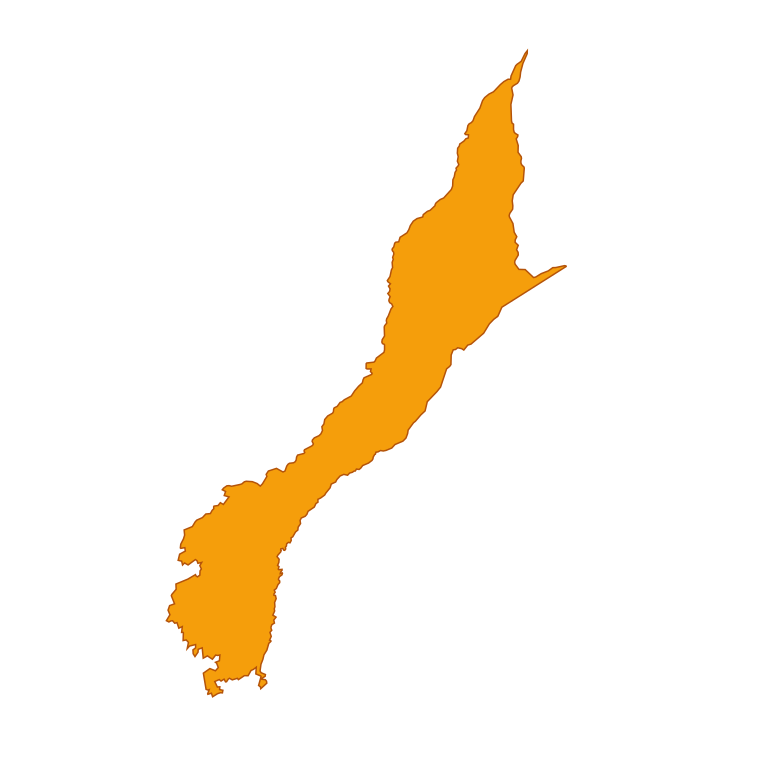 the district of Nole Duima, Ngöbe Buglé, Panama, rotated 35°
{"feature_id": "35544464B88224664972653", "entity_name": "Nole Duima", "entity_type": "district", "adm_level": 2, "iso_a3": "PAN", "parent_name": "Panama", "parent_adm1": "Ngöbe Buglé", "projection": "equal_earth", "projection_center": [-81.797, 8.42], "detail": "fine", "context": "isolated", "style": "filled", "palette": "amber", "viewbox_px": 768, "rotation_deg": 35, "n_neighbors": 0, "source": "geoboundaries", "source_scale": "gbopen_adm2", "svg_char_len": 6142}
<svg xmlns="http://www.w3.org/2000/svg" viewBox="0 0 768 768"><g transform="rotate(35 384 384)"><path d="M304.0,618.2L307.4,622.2L308.6,626.0L309.4,631.8L311.2,635.1L311.8,635.2L314.7,632.3L317.1,634.8L314.2,640.6L316.5,646.5L319.9,645.2L322.8,647.8L323.3,645.0L327.3,644.6L330.2,636.0L332.2,636.0L334.4,637.6L337.0,634.7L337.3,638.4L340.5,640.3L340.5,642.6L342.8,646.2L341.8,649.0L339.9,649.0L338.9,648.3L335.2,656.4L328.3,667.2L331.5,671.4L330.9,678.0L331.2,679.4L338.5,684.2L335.5,688.5L336.8,693.1L341.0,695.8L341.5,702.7L344.3,702.3L345.4,700.2L346.6,699.2L349.8,700.0L351.3,698.2L356.0,701.7L357.9,698.4L360.7,703.6L361.8,702.7L362.3,702.8L366.6,709.4L368.8,707.1L372.0,707.8L374.6,713.7L375.0,710.2L379.1,705.5L381.0,708.2L380.0,711.4L382.4,714.4L385.5,715.7L385.5,710.4L384.0,707.9L386.4,704.4L393.2,712.3L395.3,708.0L401.3,707.9L401.6,702.6L403.6,701.7L405.0,700.1L407.9,705.1L405.6,708.6L407.0,708.7L410.9,711.3L410.4,715.6L404.6,717.0L401.9,724.5L413.4,736.2L415.2,735.7L416.1,734.6L417.2,738.8L417.7,739.2L420.0,736.3L423.0,738.5L425.3,733.1L427.1,730.7L428.8,729.7L427.7,727.3L424.6,728.6L423.2,726.2L421.3,727.8L416.0,724.8L418.6,720.6L420.9,720.8L422.3,717.5L425.0,718.9L425.8,718.2L425.7,715.0L426.2,713.7L429.4,713.4L432.7,709.2L434.3,709.7L436.9,703.0L440.0,700.9L439.4,695.0L440.8,692.5L441.8,689.2L445.3,695.0L450.5,693.9L451.1,694.2L454.2,702.9L456.4,702.9L457.8,704.3L459.6,696.3L458.2,694.8L456.4,694.3L453.3,695.9L452.9,695.0L454.3,691.6L453.5,690.0L448.9,691.0L447.1,690.2L444.0,684.2L442.7,679.0L441.0,674.7L440.7,669.2L438.4,662.5L439.0,659.7L438.5,659.2L437.2,659.5L436.4,655.4L433.0,652.9L433.3,650.1L431.5,648.9L430.8,647.8L430.2,645.4L431.4,642.7L429.1,640.6L429.3,636.9L425.5,637.1L424.6,632.6L423.1,631.2L422.4,629.0L419.7,625.7L418.8,621.7L416.4,619.5L415.1,620.2L414.3,619.2L414.3,617.0L412.3,615.8L413.1,613.3L412.2,609.1L412.5,606.6L411.6,605.2L409.8,604.8L409.2,603.7L408.9,601.7L409.9,598.9L409.4,597.3L409.0,597.1L407.7,598.8L407.2,597.4L407.3,595.0L406.8,594.3L404.4,596.4L403.6,596.3L402.7,593.8L400.9,593.7L400.2,590.5L398.6,587.7L395.4,586.8L395.2,585.1L395.7,580.7L395.2,579.3L394.6,579.3L394.0,578.3L395.4,576.7L397.2,577.6L398.1,577.2L398.1,575.5L396.8,574.2L397.0,572.7L395.9,570.7L396.5,568.6L398.1,568.0L397.8,565.5L396.1,563.4L396.9,561.5L396.4,556.0L397.2,553.0L395.8,550.6L395.7,546.2L393.5,543.9L393.1,541.2L395.3,537.6L395.6,535.0L394.8,531.9L397.5,524.8L396.8,520.9L397.7,518.7L396.0,516.4L397.5,513.7L399.1,509.0L398.9,506.8L399.4,500.0L398.2,496.2L400.6,492.0L400.2,489.4L400.8,484.5L402.9,481.1L406.5,479.6L406.9,476.7L408.7,474.5L409.5,472.4L410.4,471.7L410.2,469.5L412.6,468.3L413.2,466.3L413.3,463.0L416.7,457.6L418.0,453.5L417.9,451.7L417.1,450.1L416.8,447.2L417.2,446.4L416.5,444.5L418.0,443.1L419.3,440.5L421.8,439.3L423.7,437.3L427.1,432.0L427.7,427.3L432.3,419.9L433.0,415.7L431.8,411.1L430.2,407.9L430.4,398.8L431.1,396.5L431.9,388.2L433.1,382.5L429.6,373.7L431.7,360.0L432.1,354.1L426.6,335.7L427.7,331.9L427.7,329.7L422.4,321.7L421.1,316.3L422.8,314.7L423.6,312.0L427.4,310.5L429.9,310.4L430.3,304.1L432.4,301.4L436.5,285.2L435.8,274.3L436.8,268.1L438.4,263.2L436.5,253.5L465.8,183.3L465.3,182.9L464.0,183.5L457.9,190.1L455.5,191.9L453.7,197.1L449.5,203.4L446.9,209.4L445.5,211.0L434.0,209.3L428.8,212.7L422.8,210.7L421.5,209.7L420.5,207.9L420.0,201.3L418.3,199.2L415.6,198.0L414.4,193.4L410.1,192.7L408.8,190.6L408.3,187.2L403.6,185.0L397.6,178.6L390.9,175.2L389.9,174.2L389.2,172.2L389.1,167.0L387.3,164.1L384.0,160.4L381.3,154.9L381.0,141.0L381.6,137.8L375.2,126.9L374.3,126.0L371.2,125.5L369.6,124.6L368.2,122.8L367.2,120.3L366.0,119.1L360.9,117.3L357.1,111.6L351.7,107.4L351.6,104.7L350.9,103.2L347.8,103.4L346.1,103.0L344.2,101.3L341.1,96.9L339.2,96.8L337.5,95.3L327.6,82.2L323.9,73.2L318.9,68.4L318.6,67.4L318.9,65.4L320.8,61.1L320.8,58.5L319.4,54.5L317.0,50.1L313.9,41.7L311.8,31.2L310.2,28.8L310.0,32.4L311.3,41.0L309.6,45.8L309.3,47.8L311.4,58.8L312.9,61.8L310.8,63.2L308.8,67.4L307.6,71.9L306.1,81.8L303.7,86.3L302.2,91.6L302.2,95.3L304.3,103.0L304.7,113.0L305.9,117.3L305.6,119.8L304.5,122.1L304.5,124.2L306.6,129.0L306.6,132.6L307.7,132.9L310.3,131.4L311.9,134.1L310.4,136.1L310.1,139.3L308.4,143.9L309.2,146.0L309.1,148.6L311.7,152.9L314.4,155.2L316.3,159.4L319.3,161.3L319.6,162.6L319.2,165.9L320.7,167.2L320.8,169.8L322.7,174.0L323.3,177.2L326.7,182.5L327.6,186.0L326.2,197.4L324.2,200.7L322.8,205.4L322.9,207.4L323.5,208.7L322.2,215.2L320.5,217.7L319.0,222.7L319.9,225.0L316.2,229.5L314.6,233.8L314.7,239.1L315.8,243.3L316.1,247.0L313.0,254.6L314.5,259.1L312.3,261.1L312.0,262.5L313.4,266.2L313.2,268.2L313.5,269.2L314.4,270.0L316.2,270.5L317.5,271.9L318.5,275.4L320.0,276.5L320.9,279.7L324.3,283.8L324.6,286.2L327.3,292.6L327.4,297.4L328.5,298.0L331.8,298.2L331.5,301.2L334.4,302.6L335.5,305.0L335.2,307.7L338.9,308.9L339.6,311.8L340.3,313.1L342.0,314.1L344.4,314.0L346.8,315.4L346.7,318.5L348.5,325.9L348.8,329.0L349.5,330.7L351.3,332.5L351.1,335.9L351.5,337.2L356.9,344.4L357.1,348.7L358.2,350.9L359.6,351.8L361.4,351.4L362.1,351.8L364.9,355.8L365.8,358.1L362.9,367.1L363.5,370.3L363.2,371.9L357.8,376.7L357.7,377.5L360.4,381.5L361.5,381.4L364.8,379.1L365.8,381.6L368.0,382.0L368.4,383.2L364.1,390.3L364.4,392.4L365.6,395.5L364.5,400.3L363.9,406.4L364.1,412.6L360.5,419.7L359.8,422.6L358.6,424.3L358.5,429.2L356.9,432.1L357.1,433.3L358.5,435.8L358.6,437.4L356.2,442.5L355.8,447.1L357.7,451.2L357.6,454.6L360.3,457.4L360.9,461.0L360.4,463.6L357.8,468.1L357.5,471.0L358.1,472.3L360.4,473.5L360.7,474.4L360.4,476.1L356.6,483.4L356.9,484.7L358.4,485.6L358.2,486.9L354.0,491.8L354.3,494.0L355.7,496.8L355.8,498.7L355.1,500.4L352.0,503.2L351.4,504.8L351.4,507.0L352.8,512.1L351.7,514.0L344.3,514.8L339.2,521.6L339.3,525.6L341.1,526.9L341.7,535.5L341.2,538.6L337.2,538.3L332.2,539.5L326.9,542.7L325.7,544.2L324.8,547.5L323.5,549.1L317.8,555.2L315.4,556.1L313.7,557.5L312.3,561.3L312.2,563.4L315.9,562.9L317.1,567.0L321.8,565.4L321.5,574.8L318.0,575.1L317.8,578.7L314.8,581.5L314.9,582.3L316.1,583.8L315.7,586.1L316.1,589.7L312.6,592.7L311.9,597.6L308.7,602.9L308.4,605.2L308.8,610.7L304.0,618.2Z" fill="#f59e0b" stroke="#b45309" stroke-width="1.5"/></g></svg>